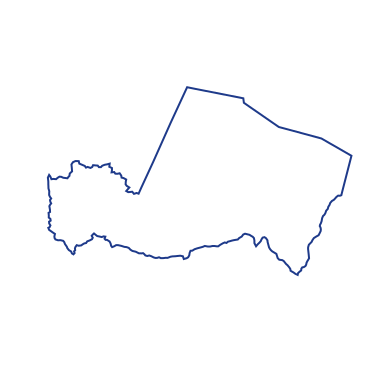 outline of Lagoa do Mato, Maranhão, Brazil, rotated 295°
{"feature_id": "56859067B38222691073156", "entity_name": "Lagoa do Mato", "entity_type": "district", "adm_level": 2, "iso_a3": "BRA", "parent_name": "Brazil", "parent_adm1": "Maranhão", "projection": "albers", "projection_center": [-43.587, -6.007], "detail": "fine", "context": "isolated", "style": "outline", "palette": "blue", "viewbox_px": 384, "rotation_deg": 295, "n_neighbors": 0, "source": "geoboundaries", "source_scale": "gbopen_adm2", "svg_char_len": 3699}
<svg xmlns="http://www.w3.org/2000/svg" viewBox="0 0 384 384"><g transform="rotate(295 192 192)"><path d="M108.3,142.9L109.9,144.4L111.8,145.7L112.6,147.5L113.3,150.7L113.7,153.9L114.4,156.0L114.6,158.3L113.7,160.6L113.4,162.9L113.7,164.3L114.1,166.2L114.0,169.9L115.1,172.3L115.9,173.5L115.5,175.1L114.8,176.5L115.1,178.5L116.4,180.1L116.6,182.3L116.5,184.9L116.8,186.8L117.6,188.3L118.9,189.7L118.9,191.8L120.0,194.0L121.2,195.9L122.0,197.7L123.1,198.8L124.2,199.8L125.4,201.5L126.6,203.8L127.7,205.6L129.3,208.3L129.9,210.9L127.8,212.9L129.7,215.1L131.2,216.1L133.4,216.3L135.8,215.6L138.1,215.5L139.0,217.1L141.2,218.5L143.2,220.6L145.6,223.5L147.0,225.1L148.5,226.4L149.3,229.5L150.2,231.4L151.8,233.5L152.5,235.0L153.2,237.3L153.8,238.7L155.9,239.8L158.5,241.6L160.1,243.0L160.4,244.8L162.2,245.6L163.4,247.1L164.9,248.8L165.9,250.1L167.1,251.8L168.3,253.6L170.2,254.2L172.6,255.9L175.1,256.4L176.6,257.7L177.5,262.2L177.2,264.4L177.1,265.9L176.4,267.6L174.5,269.0L172.0,270.2L169.9,273.0L172.5,273.7L174.5,274.5L176.6,275.1L178.3,275.0L180.5,275.3L181.7,276.8L181.4,278.6L180.1,280.8L178.7,281.6L174.4,285.2L173.4,286.6L172.6,288.2L172.1,289.8L171.6,294.6L170.5,295.6L168.3,297.6L167.5,299.7L168.4,302.6L168.2,304.3L166.5,307.7L166.0,309.5L164.8,312.0L163.8,313.6L162.3,314.6L162.1,316.4L162.0,317.9L161.5,320.4L161.5,322.8L163.3,322.4L165.3,323.2L167.0,324.1L168.8,323.5L170.3,323.8L171.1,325.0L172.8,326.1L174.3,326.2L176.4,325.7L178.4,325.8L179.8,326.0L181.4,326.1L184.8,324.1L186.6,323.0L189.4,321.3L191.0,320.6L193.6,320.2L195.6,320.9L197.3,321.5L199.2,321.5L201.7,321.9L204.1,323.4L206.3,325.0L209.0,325.1L211.1,325.1L212.7,324.5L214.1,323.5L215.1,322.2L216.5,321.9L218.1,322.0L220.3,321.8L223.3,321.0L225.6,320.9L227.3,321.6L229.1,321.8L231.8,321.5L234.0,322.2L236.3,321.8L238.3,322.1L240.5,321.9L243.0,322.6L244.9,323.9L246.8,324.5L248.6,325.0L250.5,326.0L251.1,327.6L252.2,328.7L256.3,327.9L292.2,321.2L294.1,299.5L294.3,296.8L295.2,286.7L288.7,249.4L287.6,243.2L293.2,210.4L294.1,205.2L294.8,201.3L298.6,198.9L286.7,150.8L284.9,143.3L246.0,143.4L239.5,143.5L203.1,144.1L174.5,144.2L167.9,144.3L167.7,142.2L165.8,140.2L167.0,137.7L165.6,135.5L164.9,134.2L165.1,132.0L169.6,133.3L170.0,130.2L170.9,128.6L173.4,127.6L175.5,127.1L175.7,124.1L175.3,122.1L177.0,120.9L178.4,118.5L177.2,117.0L176.2,114.8L177.2,113.1L175.8,110.8L178.1,110.2L179.9,109.3L179.9,106.4L182.9,105.4L181.2,103.4L179.8,101.4L177.8,99.5L176.1,99.0L175.2,97.1L176.1,95.4L175.3,93.3L174.5,91.0L172.5,91.0L170.9,89.8L170.6,86.8L169.3,85.6L170.3,83.8L170.1,77.9L172.1,76.3L171.5,74.9L170.7,73.2L168.7,71.5L166.0,71.1L163.2,72.8L160.0,74.6L157.1,73.4L154.8,74.1L153.4,73.6L151.8,73.3L150.5,69.3L150.5,67.1L149.9,65.4L148.2,64.3L146.2,63.4L145.2,60.7L144.2,59.2L146.2,57.0L147.1,55.3L144.1,55.3L142.5,56.3L141.0,57.2L139.6,57.9L138.3,58.5L137.0,59.2L134.6,60.4L132.4,62.3L130.7,63.0L128.9,63.8L127.6,65.3L126.6,67.1L124.7,66.7L123.2,67.8L122.1,69.2L120.7,68.8L118.9,68.7L117.3,69.8L116.0,70.7L113.9,71.8L112.5,70.8L110.5,72.0L108.3,73.0L107.8,75.0L106.3,76.0L104.7,75.0L103.1,75.9L101.9,77.8L100.0,77.8L98.8,76.9L97.3,78.5L96.9,80.7L96.5,82.8L96.1,85.5L93.7,86.0L92.2,86.9L91.3,88.3L91.6,90.9L92.8,93.3L93.3,95.9L92.6,97.4L91.2,98.8L89.5,101.7L88.4,102.8L87.3,105.0L87.0,107.6L85.6,109.1L85.4,110.9L87.0,111.4L88.4,110.2L89.9,110.7L91.5,109.7L93.0,109.6L95.1,110.0L95.4,112.0L96.8,114.2L98.3,115.0L99.9,116.1L101.0,117.6L103.0,117.9L104.8,119.7L106.9,121.3L108.6,121.4L109.9,119.6L111.6,120.1L113.0,120.7L112.5,122.6L112.0,124.7L112.5,126.7L113.0,129.2L114.4,130.6L114.9,132.3L112.7,132.5L112.1,133.9L112.7,135.3L112.3,138.2L110.9,140.0L109.1,141.4L108.3,142.9Z" fill="none" stroke="#1e3a8a" stroke-width="2"/></g></svg>